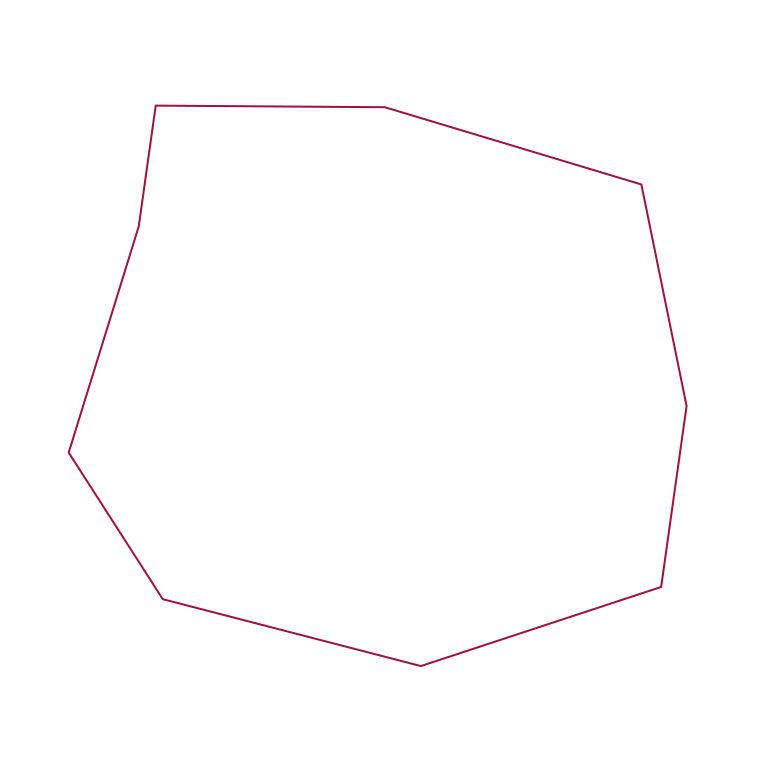 the Republican City of Valmiera, rotated 98°
{"feature_id": "LVA-1093", "entity_name": "Valmiera", "entity_type": "Republican City", "adm_level": 1, "iso_a3": "LVA", "parent_name": "Latvia", "parent_adm1": "", "projection": "orthographic", "projection_center": [25.417, 57.531], "detail": "fine", "context": "isolated", "style": "outline", "palette": "rose", "viewbox_px": 768, "rotation_deg": 98, "n_neighbors": 0, "source": "natural_earth", "source_scale": "10m", "svg_char_len": 283}
<svg xmlns="http://www.w3.org/2000/svg" viewBox="0 0 768 768"><g transform="rotate(98 384 384)"><path d="M658.2,308.3L627.9,573.1L495.8,686.7L262.1,648.8L140.1,648.8L109.8,421.8L150.6,156.9L363.7,81.3L546.4,81.3L658.2,308.3Z" fill="none" stroke="#9f1239" stroke-width="2"/></g></svg>